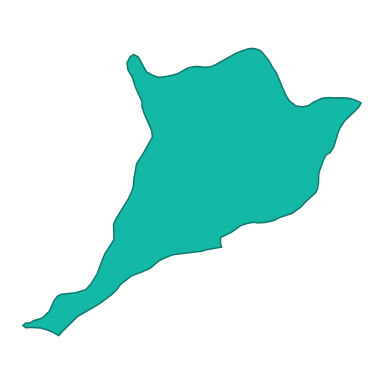 En Mango, Micoud, Saint Lucia
{"feature_id": "8701671B14589117854765", "entity_name": "En Mango", "entity_type": "district", "adm_level": 2, "iso_a3": "LCA", "parent_name": "Saint Lucia", "parent_adm1": "Micoud", "projection": "albers", "projection_center": [-60.924, 13.8], "detail": "fine", "context": "isolated", "style": "filled", "palette": "teal", "viewbox_px": 384, "rotation_deg": 0, "n_neighbors": 0, "source": "geoboundaries", "source_scale": "gbopen_adm2", "svg_char_len": 5026}
<svg xmlns="http://www.w3.org/2000/svg" viewBox="0 0 384 384"><path d="M101.0,263.4L97.1,273.9L91.0,283.9L85.6,289.8L75.2,292.8L61.2,294.3L57.6,296.1L54.0,300.6L49.3,311.3L43.2,317.2L40.3,318.7L33.9,320.5L29.5,323.1L25.6,323.1L23.0,325.4L25.7,327.7L32.9,327.5L36.6,327.8L40.6,328.0L47.0,329.9L52.6,332.1L58.7,335.6L63.0,330.8L72.6,321.4L77.6,316.4L82.5,313.6L95.5,306.1L100.6,302.9L107.7,297.6L112.2,294.1L116.7,289.9L119.9,285.2L123.3,282.1L126.0,280.3L130.8,276.2L134.8,274.6L141.0,272.3L150.5,268.1L157.9,261.6L162.0,259.2L170.6,255.6L173.6,254.6L195.8,251.9L201.4,251.3L206.6,249.7L212.3,248.7L221.6,247.1L220.5,243.8L220.5,237.5L231.3,232.3L234.2,230.3L239.9,226.1L242.2,225.0L247.2,223.5L253.7,222.2L257.4,222.9L265.8,222.4L274.4,220.3L278.9,217.8L292.2,213.3L300.4,207.4L306.5,201.0L312.9,195.1L315.5,192.9L317.4,189.2L318.5,182.7L318.7,175.2L319.2,171.7L321.9,164.5L323.3,160.1L324.9,157.5L325.1,156.2L327.1,154.2L330.0,152.7L333.4,147.5L334.8,143.6L336.0,139.6L338.0,132.8L339.8,128.2L344.3,121.5L346.6,118.9L355.0,111.0L359.0,106.8L361.0,103.0L360.4,102.6L359.8,102.2L359.2,101.9L358.5,101.6L357.9,101.3L357.1,101.0L356.5,100.6L355.7,100.3L355.0,100.1L354.3,99.8L353.5,99.5L352.6,99.3L351.9,99.1L351.1,98.9L350.4,98.7L349.7,98.6L348.9,98.4L348.2,98.2L347.5,98.1L346.8,98.0L345.9,98.0L345.3,97.9L344.4,97.8L343.6,97.8L342.9,97.8L342.2,97.8L341.4,97.8L340.6,97.8L339.9,97.8L339.2,97.8L338.5,97.9L337.8,97.9L337.1,97.9L336.5,97.8L335.8,97.8L335.1,97.9L334.2,97.9L333.4,97.8L332.7,97.8L331.9,97.8L331.3,97.7L330.6,97.7L329.8,97.6L329.1,97.6L328.3,97.7L327.6,97.7L327.0,97.7L326.3,97.8L325.5,97.9L324.7,97.9L324.0,98.0L323.3,98.1L322.6,98.3L321.9,98.5L321.2,98.7L320.3,99.0L319.7,99.3L319.0,99.6L318.3,99.9L317.6,100.3L316.9,100.7L316.3,100.9L315.7,101.2L315.0,101.5L314.3,101.8L313.6,102.1L313.0,102.5L312.3,103.0L311.7,103.4L311.1,103.8L310.6,104.2L310.0,104.7L309.3,105.1L308.6,105.4L308.0,105.6L307.3,105.8L306.5,106.0L305.7,106.1L304.8,106.4L304.1,106.5L303.3,106.6L302.6,106.7L301.8,106.7L296.1,106.0L295.5,105.6L295.0,105.2L294.3,104.7L293.8,104.2L293.1,103.7L292.5,103.3L291.8,102.9L291.3,102.4L290.7,102.0L290.2,101.5L289.7,101.0L289.3,100.5L288.8,100.0L288.4,99.4L288.0,98.8L287.6,98.2L287.2,97.7L286.9,97.0L286.4,96.2L286.0,95.5L285.6,94.6L285.3,93.9L284.9,93.1L284.6,92.3L283.9,90.7L283.6,90.0L283.3,89.3L283.0,88.7L279.0,79.2L278.7,78.5L278.4,77.8L278.1,77.2L277.8,76.5L277.6,75.8L277.4,75.1L277.1,74.5L276.7,73.7L276.3,73.0L275.9,72.3L275.5,71.7L275.1,71.0L274.7,70.4L274.3,69.8L273.9,69.2L273.5,68.6L273.0,67.9L272.6,67.3L272.1,66.5L271.7,65.9L271.4,65.2L271.0,64.6L270.7,63.9L270.3,63.2L269.9,62.5L269.6,61.9L269.2,61.3L268.8,60.7L268.4,60.1L267.9,59.4L267.5,58.8L267.0,58.3L266.6,57.7L266.0,57.0L265.5,56.4L265.0,55.8L264.5,55.2L264.1,54.7L263.5,54.0L262.9,53.3L262.4,52.8L262.0,52.2L261.4,51.6L260.9,51.2L260.4,50.7L259.8,50.4L259.0,50.0L258.4,49.8L257.6,49.5L256.5,49.1L255.5,48.9L254.7,48.7L254.1,48.6L253.3,48.5L252.6,48.4L251.9,48.5L251.1,48.5L250.4,48.5L249.6,48.6L248.7,48.7L248.0,48.9L247.3,49.1L246.5,49.4L245.9,49.6L245.2,49.8L244.3,50.1L243.3,50.5L242.5,50.8L241.6,51.1L241.0,51.4L240.2,51.6L239.6,51.9L238.9,52.1L238.1,52.3L237.4,52.7L236.8,52.9L235.8,53.4L234.9,53.9L234.1,54.3L233.4,54.7L232.5,55.2L231.7,55.6L231.1,56.0L230.1,56.5L229.5,56.9L228.8,57.2L228.2,57.6L227.7,57.9L226.9,58.4L226.2,58.8L225.6,59.1L225.0,59.4L224.2,59.8L223.6,60.2L222.5,60.8L221.9,61.1L221.1,61.5L220.4,61.9L219.8,62.3L219.0,62.7L218.2,63.2L217.4,63.6L216.6,64.1L216.0,64.4L215.4,64.8L214.7,65.1L214.1,65.4L213.4,65.8L212.7,66.0L212.0,66.3L211.4,66.5L209.6,66.9L208.9,67.0L208.2,67.0L207.6,67.1L206.9,67.2L206.2,67.3L205.5,67.3L204.9,67.2L204.2,67.2L203.5,67.2L202.8,67.1L202.1,67.0L201.3,66.9L200.4,66.8L199.6,66.7L198.7,66.6L197.9,66.5L197.2,66.5L196.3,66.5L195.6,66.5L194.8,66.6L194.1,66.6L193.4,66.8L192.7,66.9L192.0,67.0L191.3,67.2L190.4,67.3L189.7,67.5L189.0,67.7L188.4,67.9L187.8,68.1L187.0,68.5L186.3,68.8L185.5,69.3L184.7,69.7L184.1,70.0L183.5,70.4L182.9,70.7L182.3,71.1L181.7,71.5L181.0,71.8L180.5,72.2L179.9,72.6L179.3,72.9L178.6,73.2L178.0,73.4L177.2,73.7L176.4,74.0L175.7,74.2L174.8,74.4L174.1,74.7L173.3,74.9L172.5,75.1L171.7,75.3L171.1,75.5L170.3,75.6L169.5,75.8L168.7,75.9L168.0,76.1L167.3,76.2L166.5,76.4L165.7,76.5L165.0,76.6L164.3,76.7L163.3,76.9L162.6,77.0L161.7,77.1L161.1,77.2L160.3,77.2L159.6,77.2L158.8,77.3L158.1,77.1L157.4,77.0L156.7,76.7L156.1,76.5L155.4,76.3L154.7,76.1L154.0,75.8L153.1,75.4L152.4,75.1L151.7,74.7L151.0,74.4L150.3,74.0L149.4,73.5L148.8,73.1L148.2,72.8L147.6,72.4L146.7,72.2L144.0,67.5L138.5,57.2L133.8,54.5L130.2,56.7L126.9,63.0L127.1,64.0L128.0,70.0L132.3,77.4L134.4,83.8L135.9,88.2L140.5,98.4L142.0,101.9L142.0,106.7L142.7,108.7L144.2,113.7L147.9,122.0L151.7,130.7L152.4,137.0L143.1,153.7L136.6,163.7L135.7,168.7L134.1,177.7L133.6,183.0L133.0,188.5L130.9,193.2L128.4,198.8L121.2,210.3L119.4,213.2L115.8,219.2L113.6,224.3L113.8,231.5L114.0,239.5L111.1,244.1L105.0,253.6L102.5,259.5L102.0,260.9L101.0,263.4Z" fill="#14b8a6" stroke="#0f766e" stroke-width="1.5"/></svg>